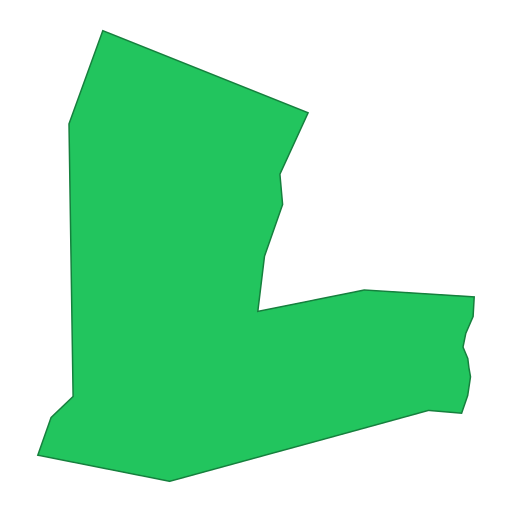 SVG path tracing the border of Sejong
{"feature_id": "KOR-5129", "entity_name": "Sejong", "entity_type": "Special self-governing city", "adm_level": 1, "iso_a3": "KOR", "parent_name": "South Korea", "parent_adm1": "", "projection": "orthographic", "projection_center": [127.244, 36.566], "detail": "fine", "context": "isolated", "style": "filled", "palette": "green", "viewbox_px": 512, "rotation_deg": 0, "n_neighbors": 0, "source": "natural_earth", "source_scale": "10m", "svg_char_len": 426}
<svg xmlns="http://www.w3.org/2000/svg" viewBox="0 0 512 512"><path d="M102.8,30.7L308.1,112.8L279.9,174.2L282.6,204.5L264.5,256.2L257.8,311.4L364.2,290.0L474.2,296.9L473.1,316.5L465.8,333.3L463.0,347.1L467.8,358.6L468.9,367.7L470.5,376.8L467.7,395.5L461.6,413.2L428.5,410.4L334.6,436.2L268.3,454.3L169.6,481.3L37.8,455.2L51.1,417.5L73.1,396.5L69.0,123.9L102.8,30.7Z" fill="#22c55e" stroke="#15803d" stroke-width="1.5"/></svg>